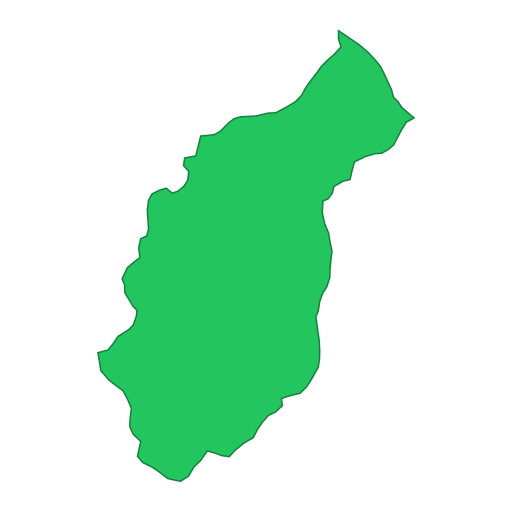 the district of Pongaí, São Paulo, Brazil
{"feature_id": "56859067B25984045214386", "entity_name": "Pongaí", "entity_type": "district", "adm_level": 2, "iso_a3": "BRA", "parent_name": "Brazil", "parent_adm1": "São Paulo", "projection": "orthographic", "projection_center": [-49.356, -21.725], "detail": "fine", "context": "isolated", "style": "filled", "palette": "green", "viewbox_px": 512, "rotation_deg": 0, "n_neighbors": 0, "source": "geoboundaries", "source_scale": "gbopen_adm2", "svg_char_len": 1781}
<svg xmlns="http://www.w3.org/2000/svg" viewBox="0 0 512 512"><path d="M100.8,370.6L109.1,380.3L114.3,384.3L123.1,390.9L127.7,399.6L131.4,408.5L130.1,418.1L129.8,426.8L133.2,434.2L140.7,441.4L137.5,456.3L142.8,462.6L152.4,467.3L158.8,471.7L167.8,478.6L180.5,481.3L188.5,476.2L194.0,466.9L200.8,460.3L207.3,451.0L214.7,453.0L221.8,455.6L229.2,456.7L234.8,450.6L243.1,443.7L248.0,440.7L253.2,437.8L257.5,429.4L262.5,422.1L268.3,415.5L275.4,412.1L282.3,405.8L281.5,398.5L288.2,396.2L300.2,393.2L306.6,386.9L311.5,379.3L315.3,372.3L318.3,367.2L319.5,358.9L319.7,351.4L319.3,341.5L317.1,325.7L315.9,316.8L318.3,310.8L319.7,301.6L322.7,293.2L326.8,286.9L329.8,277.6L330.1,268.6L331.0,259.0L332.0,251.0L330.2,242.9L328.6,233.1L324.5,223.1L322.3,212.8L322.9,201.1L328.2,198.8L332.3,193.2L333.9,186.5L342.8,181.3L350.1,179.5L352.1,170.3L354.5,161.9L365.1,156.6L374.9,153.7L381.7,153.3L388.5,149.3L393.7,144.9L396.5,139.4L401.4,130.1L406.5,122.0L414.1,118.0L401.8,107.5L397.8,101.4L393.5,97.4L391.6,89.9L383.6,72.6L380.3,66.2L376.5,61.5L368.8,53.0L359.8,45.2L338.5,30.7L338.5,39.0L341.0,46.9L334.5,54.0L327.1,60.6L321.4,66.3L317.2,72.3L310.3,81.2L305.4,88.2L301.8,95.1L295.3,101.8L285.9,107.4L275.8,112.8L268.0,113.1L256.1,116.0L240.5,116.8L234.0,118.7L228.5,123.0L220.6,131.0L215.0,134.4L208.8,135.3L200.7,136.0L195.8,155.9L184.7,158.0L183.5,165.6L188.7,171.3L187.8,180.1L184.0,186.2L178.0,191.1L172.3,193.2L166.2,188.2L159.7,190.1L152.0,193.9L148.5,200.5L147.3,210.0L148.0,220.1L148.5,229.1L146.7,236.1L140.6,238.7L138.7,248.0L139.9,257.6L134.5,261.6L127.2,267.9L122.1,278.9L124.5,284.5L124.9,292.8L132.8,305.9L136.9,310.4L136.3,316.5L133.2,325.1L128.6,329.7L118.0,336.4L112.8,344.1L107.9,350.0L97.9,352.7L99.3,361.0L100.8,370.6Z" fill="#22c55e" stroke="#15803d" stroke-width="1.5"/></svg>